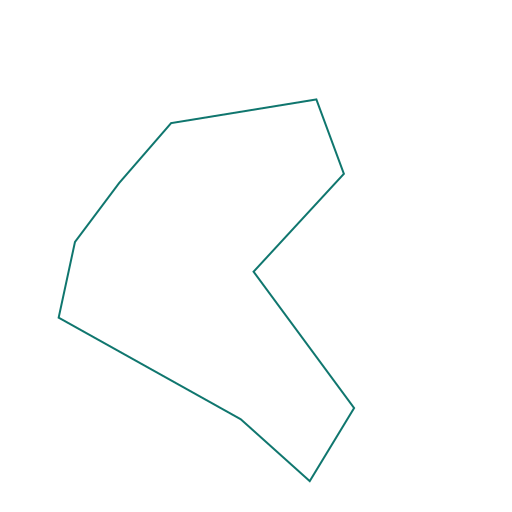 an SVG outline of Glacis, rotated 301°
{"feature_id": "SYC-5209", "entity_name": "Glacis", "entity_type": "state/province", "adm_level": 1, "iso_a3": "SYC", "parent_name": "Seychelles", "parent_adm1": "", "projection": "natural_earth1", "projection_center": [55.444, -4.574], "detail": "fine", "context": "isolated", "style": "outline", "palette": "teal", "viewbox_px": 512, "rotation_deg": 301, "n_neighbors": 0, "source": "natural_earth", "source_scale": "10m", "svg_char_len": 295}
<svg xmlns="http://www.w3.org/2000/svg" viewBox="0 0 512 512"><g transform="rotate(301 256 256)"><path d="M90.7,418.0L108.2,327.1L101.5,118.6L174.8,93.6L248.1,101.1L326.2,114.8L421.3,227.1L371.7,289.0L241.3,262.0L176.2,418.4L90.7,418.0Z" fill="none" stroke="#0f766e" stroke-width="2"/></g></svg>